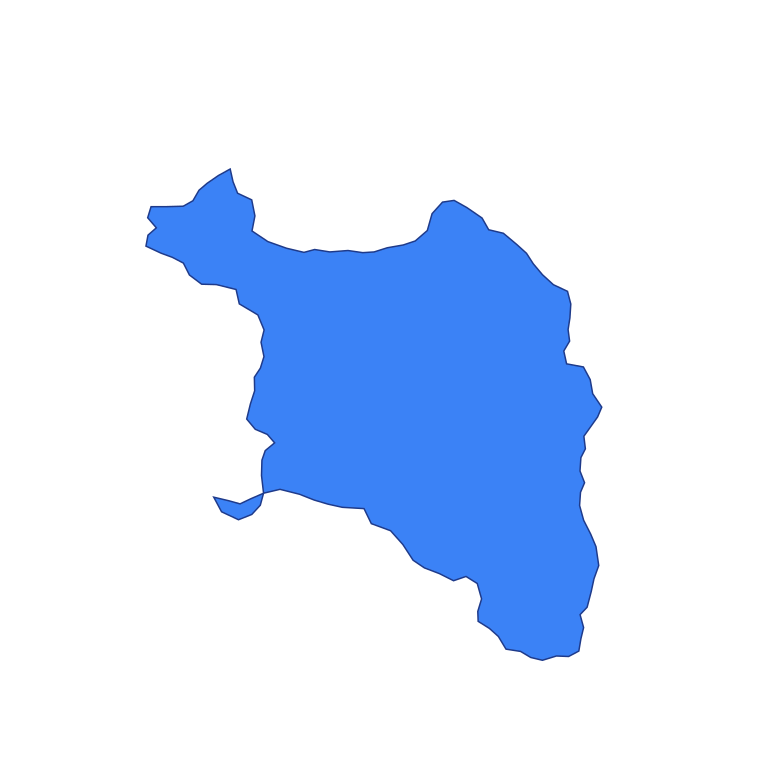 Senador Cortes, Minas Gerais, Brazil (Natural Earth projection), rotated 293°
{"feature_id": "56859067B45306296887702", "entity_name": "Senador Cortes", "entity_type": "district", "adm_level": 2, "iso_a3": "BRA", "parent_name": "Brazil", "parent_adm1": "Minas Gerais", "projection": "natural_earth1", "projection_center": [-42.912, -21.761], "detail": "fine", "context": "isolated", "style": "filled", "palette": "blue", "viewbox_px": 768, "rotation_deg": 293, "n_neighbors": 0, "source": "geoboundaries", "source_scale": "gbopen_adm2", "svg_char_len": 1756}
<svg xmlns="http://www.w3.org/2000/svg" viewBox="0 0 768 768"><g transform="rotate(293 384 384)"><path d="M417.9,111.0L417.3,127.8L417.9,139.7L416.9,152.1L408.3,162.3L404.6,177.1L410.0,190.8L413.2,210.9L401.2,219.5L398.3,240.9L386.9,252.5L374.4,254.5L362.3,262.8L350.3,264.0L339.6,262.0L327.2,267.6L313.5,268.8L298.1,271.3L292.0,283.2L292.0,296.3L287.1,306.3L276.3,300.7L266.2,301.4L251.9,307.0L236.4,315.8L246.4,329.4L249.5,349.3L249.9,365.1L251.5,379.3L254.2,393.8L261.5,414.3L250.5,426.9L251.5,447.4L243.6,464.1L233.1,479.7L230.5,493.1L231.1,509.1L230.1,524.9L238.9,534.7L236.8,547.8L224.3,557.8L211.3,559.2L202.3,563.4L200.2,576.5L196.3,587.9L187.6,599.9L191.2,614.2L189.6,625.9L191.6,637.8L201.0,649.0L205.3,660.4L214.3,667.7L226.4,664.8L237.8,662.9L248.3,654.6L257.9,658.2L274.2,655.8L286.7,653.4L300.8,652.6L317.1,642.7L326.6,632.9L336.6,621.0L348.6,611.5L361.1,607.2L371.5,607.2L380.5,598.4L393.2,594.0L403.0,594.7L414.0,588.4L437.1,593.5L447.8,593.5L456.6,579.9L468.6,572.1L477.6,560.9L473.9,544.2L484.6,536.6L496.0,538.1L506.0,532.2L517.5,529.3L530.6,524.7L541.0,516.7L541.6,501.1L546.5,487.2L553.0,474.4L560.0,464.1L564.3,451.7L569.4,435.0L566.9,420.1L575.1,409.4L578.8,391.2L580.4,376.8L574.3,366.8L559.6,361.7L542.2,363.9L527.9,356.9L519.5,347.4L510.7,333.8L501.7,323.3L496.6,313.1L492.8,298.7L484.4,282.5L480.7,267.6L473.9,258.9L470.9,241.3L469.7,221.4L473.3,202.7L488.3,199.5L501.8,190.3L502.4,174.7L511.2,166.0L521.8,158.4L511.2,150.1L499.7,142.8L490.1,138.0L478.0,136.5L469.2,129.7L462.3,114.6L456.2,100.3L444.7,101.5L438.8,113.4L428.8,108.6L417.9,111.0ZM236.4,315.8L226.4,306.3L217.4,298.3L215.9,286.8L213.3,271.5L202.9,284.4L202.2,303.1L212.3,313.3L224.1,317.5L236.4,315.8Z" fill="#3b82f6" stroke="#1e3a8a" stroke-width="1.5"/></g></svg>